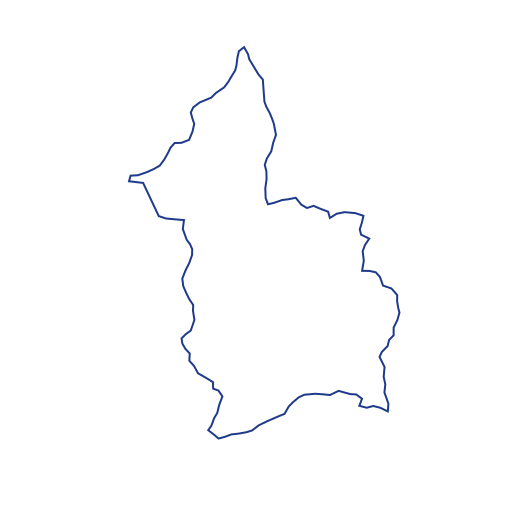 Pratânia, São Paulo, Brazil, rotated 246°
{"feature_id": "56859067B76551238300478", "entity_name": "Pratânia", "entity_type": "district", "adm_level": 2, "iso_a3": "BRA", "parent_name": "Brazil", "parent_adm1": "São Paulo", "projection": "natural_earth1", "projection_center": [-48.692, -22.816], "detail": "fine", "context": "isolated", "style": "outline", "palette": "blue", "viewbox_px": 512, "rotation_deg": 246, "n_neighbors": 0, "source": "geoboundaries", "source_scale": "gbopen_adm2", "svg_char_len": 2092}
<svg xmlns="http://www.w3.org/2000/svg" viewBox="0 0 512 512"><g transform="rotate(246 256 256)"><path d="M451.6,330.0L450.1,323.7L444.6,319.6L438.1,315.7L434.0,312.5L429.8,306.3L426.2,301.3L423.0,295.4L421.2,285.5L418.9,279.6L419.2,267.0L417.3,259.1L413.6,254.8L407.2,253.8L401.8,253.3L395.5,248.6L389.3,242.1L389.7,234.0L392.3,227.6L389.7,221.9L386.1,217.7L381.4,211.4L377.7,204.8L377.0,197.5L377.0,190.3L377.8,181.0L380.4,174.1L375.9,170.4L368.7,182.6L332.0,183.4L326.9,189.0L323.9,194.3L318.1,204.8L310.4,200.1L299.0,199.3L293.7,200.5L288.2,200.5L282.9,198.0L276.4,191.8L272.2,186.5L265.4,179.5L258.1,177.3L250.5,177.2L243.5,177.5L236.8,178.7L231.4,176.1L222.8,173.8L218.6,170.0L214.4,166.0L213.1,159.9L211.0,154.5L206.0,153.1L200.0,153.7L193.9,155.8L187.4,152.5L180.6,154.7L172.5,155.3L167.6,158.9L162.4,162.6L158.2,165.4L152.3,162.9L148.3,167.0L141.4,168.2L134.9,161.8L128.3,156.7L124.9,151.8L119.1,146.2L116.3,141.5L109.8,145.0L104.5,147.5L103.5,153.6L103.0,161.1L100.7,168.2L98.9,175.7L98.2,181.5L100.2,189.6L100.5,199.0L100.4,211.6L100.2,217.9L105.2,224.7L107.3,230.0L109.5,237.5L109.6,243.7L106.0,254.2L102.2,261.3L98.9,267.0L99.2,276.6L94.9,281.8L91.4,286.1L88.8,291.2L82.5,294.8L77.1,289.5L72.3,295.5L71.3,302.1L66.7,307.9L60.4,313.2L67.0,316.8L73.2,317.4L79.1,317.8L86.1,321.9L93.7,323.5L102.3,328.3L113.5,327.8L117.1,331.8L120.2,339.6L125.2,343.5L127.6,349.5L134.6,352.6L140.0,359.1L145.9,364.0L151.2,364.9L157.2,366.5L162.9,369.1L171.3,366.5L177.3,360.0L186.4,360.7L192.4,358.8L196.2,353.6L199.3,346.9L207.9,352.6L217.0,355.4L221.7,360.0L225.8,366.5L232.7,360.7L238.1,361.6L243.3,366.2L249.0,370.5L254.7,364.3L260.0,354.8L261.8,346.9L260.7,339.0L267.2,339.9L273.4,333.6L278.4,329.0L279.1,322.1L284.6,318.2L293.0,316.0L294.7,308.5L296.5,302.7L297.2,294.2L298.4,288.0L305.0,288.4L314.0,292.0L322.1,297.0L329.1,299.9L335.7,301.1L340.6,305.5L345.5,312.6L352.5,317.8L358.5,323.5L369.7,326.1L374.7,326.5L381.2,326.7L388.2,326.1L393.6,326.5L403.1,329.9L414.4,334.0L420.9,332.1L428.8,331.1L438.6,329.9L443.6,330.8L451.6,330.0Z" fill="none" stroke="#1e3a8a" stroke-width="2"/></g></svg>